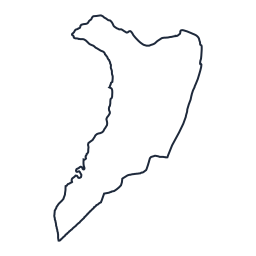 outline of Cidade De Pemba, Cabo Delgado, Mozambique
{"feature_id": "85939544B58572468312701", "entity_name": "Cidade De Pemba", "entity_type": "district", "adm_level": 2, "iso_a3": "MOZ", "parent_name": "Mozambique", "parent_adm1": "Cabo Delgado", "projection": "natural_earth1", "projection_center": [40.514, -13.03], "detail": "fine", "context": "isolated", "style": "outline", "palette": "slate", "viewbox_px": 256, "rotation_deg": 0, "n_neighbors": 0, "source": "geoboundaries", "source_scale": "gbopen_adm2", "svg_char_len": 5630}
<svg xmlns="http://www.w3.org/2000/svg" viewBox="0 0 256 256"><path d="M58.6,240.6L59.6,240.6L60.4,240.1L61.1,239.2L62.1,238.4L63.3,237.1L64.0,236.6L65.2,235.5L65.6,234.6L66.7,234.1L67.5,233.0L68.4,232.5L69.3,231.3L70.2,230.8L70.9,230.0L71.9,229.4L72.7,228.4L74.8,226.6L75.6,226.1L76.5,225.0L78.7,223.0L79.5,222.6L80.2,221.6L83.1,218.8L83.9,218.2L84.4,217.1L85.3,216.6L85.7,215.9L86.6,215.2L87.3,214.1L88.2,213.6L88.6,212.7L89.5,212.2L90.0,211.3L90.7,210.9L91.4,210.2L92.0,209.5L93.7,208.1L94.0,207.2L94.9,206.8L95.8,206.0L96.4,205.1L97.7,204.6L99.4,203.1L101.0,202.3L101.2,201.5L101.3,201.2L101.5,201.0L104.1,193.6L109.0,192.7L109.5,192.4L111.2,191.9L111.4,191.6L114.2,191.0L116.7,189.3L119.0,187.4L121.0,185.3L121.9,182.3L122.3,178.7L123.4,177.9L123.8,177.7L127.5,175.4L128.4,175.1L129.4,174.8L130.1,174.8L131.6,174.4L133.2,174.1L133.9,174.1L134.8,173.9L135.6,173.9L136.7,173.7L137.7,173.7L139.1,173.4L140.1,173.4L140.8,173.0L141.4,172.6L142.2,172.6L143.1,172.3L144.1,171.6L145.1,170.8L146.1,170.1L146.6,169.0L148.1,164.6L148.4,163.4L148.7,162.6L149.0,161.4L149.6,159.3L149.9,158.3L150.9,157.1L151.6,156.8L153.0,156.4L154.0,156.1L154.7,155.8L155.6,155.8L158.2,156.3L159.8,156.9L160.6,156.9L161.6,156.9L163.3,156.9L164.3,157.1L165.1,157.1L165.9,157.4L167.4,157.3L168.1,155.3L172.1,145.3L179.1,132.4L183.3,123.7L185.8,116.8L186.0,115.4L186.1,115.2L186.4,114.0L186.8,112.8L187.1,111.6L187.3,109.4L188.8,104.4L190.6,99.6L191.5,95.3L191.6,95.0L191.7,94.9L191.8,94.1L193.0,90.4L194.6,87.1L194.6,86.8L194.7,86.4L195.9,83.7L197.8,79.0L199.3,74.0L200.3,70.5L201.1,67.3L201.3,65.7L201.4,64.6L201.2,64.2L200.9,63.9L200.6,64.1L200.3,64.1L200.1,63.6L200.1,62.6L200.2,62.3L200.3,61.0L201.0,58.8L201.3,55.9L201.6,51.2L201.7,49.4L201.7,46.8L201.6,46.0L201.4,45.4L200.3,44.7L200.1,43.9L200.1,43.2L200.0,42.1L199.6,41.1L199.3,40.1L199.0,38.7L198.3,37.4L197.3,36.3L196.2,35.4L194.5,34.5L193.0,33.9L191.2,33.1L187.1,31.4L183.5,30.3L182.1,30.1L180.8,30.5L180.3,31.4L180.3,32.5L180.0,33.7L178.9,34.6L178.1,35.3L177.0,35.9L175.7,35.8L175.7,36.1L174.0,36.3L171.4,36.9L170.2,37.0L167.9,37.5L166.3,37.6L165.3,37.7L164.3,37.7L162.8,37.9L161.7,38.2L160.5,39.0L157.3,41.1L154.9,43.3L153.7,44.0L152.4,44.5L151.3,44.8L149.1,45.7L146.6,45.7L143.6,44.8L142.2,43.9L140.4,42.6L138.5,40.9L135.8,38.1L134.5,36.6L133.3,35.1L132.4,33.4L131.4,32.0L130.5,31.2L129.4,31.2L128.6,31.6L128.0,32.2L127.2,32.5L126.4,32.5L125.3,31.8L124.1,31.1L122.8,30.2L122.2,29.8L121.2,29.3L120.3,29.3L119.2,29.4L118.1,28.8L117.0,28.4L116.2,27.9L115.3,27.3L114.2,26.5L113.6,25.8L112.6,23.6L111.9,22.4L111.0,21.3L110.1,20.5L109.1,20.3L108.3,20.2L106.0,18.5L104.9,17.9L104.4,17.7L103.0,16.4L101.9,15.8L100.9,15.4L99.7,15.5L96.4,16.0L93.6,16.2L92.8,16.6L92.1,17.5L91.7,18.3L91.2,19.4L90.0,20.2L89.4,20.7L88.9,21.2L88.5,22.0L87.8,23.0L86.9,23.6L85.8,23.9L83.2,24.2L82.3,24.5L81.4,24.7L80.5,25.7L80.4,26.4L80.0,27.6L79.5,28.1L78.7,28.3L78.2,28.5L77.8,29.0L77.1,29.2L76.3,29.4L76.0,29.5L75.9,29.6L75.0,30.3L74.5,31.3L74.3,31.6L74.0,32.2L73.0,33.2L72.3,33.7L72.0,34.3L72.1,34.9L72.4,35.2L72.9,35.5L73.1,35.6L73.4,36.0L73.7,36.4L73.8,37.0L73.8,37.5L74.2,37.9L74.9,38.2L75.7,38.4L77.0,38.4L77.6,38.6L78.0,38.6L78.8,39.0L79.2,38.9L80.1,39.1L82.2,39.1L83.3,39.2L84.2,39.5L84.7,39.8L85.7,40.4L87.2,41.8L87.8,42.4L88.4,43.0L89.2,43.8L90.0,44.3L91.1,44.8L92.3,45.3L93.3,45.7L93.9,46.1L94.6,46.7L95.0,47.1L95.3,47.4L96.2,48.0L96.9,48.3L99.5,49.9L100.3,50.4L101.3,50.9L102.7,51.4L103.4,51.8L104.1,52.4L104.6,53.1L104.9,53.7L105.0,54.4L105.4,54.7L105.5,54.8L106.2,55.6L106.5,56.2L106.8,56.4L107.0,56.7L107.4,57.3L107.6,58.1L108.0,58.8L108.6,59.7L109.1,60.0L109.4,61.0L110.1,62.3L110.1,63.2L110.5,64.1L110.9,64.9L110.9,66.0L110.8,66.8L110.8,67.6L111.0,68.5L111.4,69.4L111.8,70.7L111.9,71.3L111.9,72.8L112.0,74.1L112.7,76.2L112.7,78.2L112.6,79.5L112.4,81.0L112.4,81.8L112.1,82.1L111.5,82.4L111.0,82.9L110.7,84.2L110.6,84.7L110.2,85.2L110.1,85.6L109.9,86.3L109.8,86.8L109.5,87.2L109.3,87.4L111.3,88.3L111.8,89.0L112.2,90.3L112.3,92.3L112.1,96.8L111.6,98.1L110.7,98.9L110.5,99.4L110.3,101.5L110.3,103.2L110.1,104.6L109.9,105.8L109.2,106.9L108.9,108.5L109.0,109.9L109.2,110.7L109.7,111.5L109.9,113.0L109.3,114.3L108.8,115.1L107.9,116.4L107.4,116.9L106.8,118.0L106.4,119.1L106.7,120.5L107.0,121.7L107.2,123.1L107.0,125.1L105.3,127.9L104.4,129.1L103.8,130.3L103.3,131.2L102.3,132.2L100.4,133.1L98.4,133.5L96.9,134.1L95.3,135.5L94.7,136.8L93.3,138.9L92.6,140.0L91.6,140.7L89.4,142.3L88.4,143.1L88.0,144.9L88.3,146.0L88.5,147.5L88.3,148.9L88.2,151.0L88.2,152.0L87.3,153.6L86.7,153.9L86.5,154.7L86.2,155.6L85.8,155.8L85.6,156.5L85.6,157.3L86.0,158.3L85.6,159.0L84.3,159.8L83.6,159.5L83.5,161.9L83.5,163.7L83.7,165.5L84.5,168.1L84.3,169.0L83.9,169.4L83.3,169.4L82.6,168.8L82.2,167.4L80.8,166.7L79.7,167.2L78.7,168.1L77.1,168.8L76.5,169.2L76.1,170.2L76.0,170.8L76.4,171.6L77.0,171.9L78.0,171.6L79.1,171.3L79.9,172.1L80.5,173.4L81.3,174.6L81.3,175.9L80.9,177.2L79.6,177.9L78.4,177.8L77.0,175.8L75.5,175.6L75.0,176.3L74.3,176.9L72.4,178.3L71.9,179.0L71.7,179.8L71.6,180.5L71.9,181.2L72.1,182.0L71.5,182.5L70.5,182.7L69.9,183.3L69.1,183.7L67.9,184.1L67.4,184.7L66.7,185.7L65.6,186.1L65.5,188.8L65.5,189.9L65.3,191.4L65.0,193.4L65.0,194.3L64.7,195.3L64.4,196.1L63.8,197.6L63.5,198.8L62.8,199.6L62.2,200.4L58.9,203.6L58.2,204.5L57.5,205.6L56.6,206.8L56.2,208.1L54.7,210.8L54.7,211.7L54.5,213.5L54.5,214.3L54.3,215.2L54.3,216.1L54.5,217.2L54.8,218.1L54.8,219.2L55.1,220.2L55.5,221.1L55.5,221.9L55.8,222.8L56.1,224.8L56.1,225.7L56.4,226.5L56.7,227.3L56.7,228.1L57.0,229.0L57.3,230.0L57.3,230.9L57.9,232.8L57.9,233.7L58.1,234.5L58.1,237.5L58.2,238.5L58.4,239.6L58.6,240.6Z" fill="none" stroke="#1e293b" stroke-width="2"/></svg>